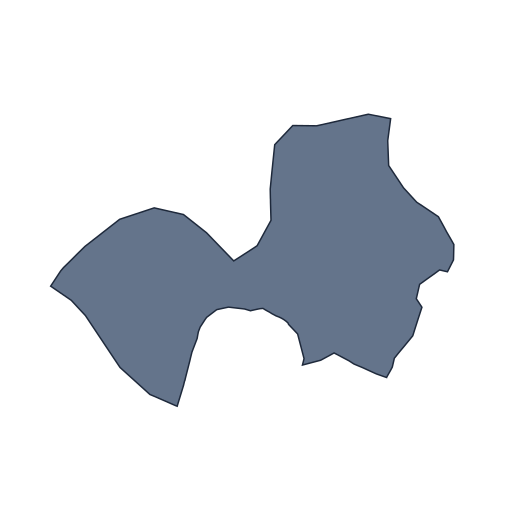 the district of Khawlan, Sana'a, Yemen, rotated 193°
{"feature_id": "15242507B89574765646204", "entity_name": "Khawlan", "entity_type": "district", "adm_level": 2, "iso_a3": "YEM", "parent_name": "Yemen", "parent_adm1": "Sana'a", "projection": "natural_earth1", "projection_center": [44.722, 15.275], "detail": "fine", "context": "isolated", "style": "filled", "palette": "slate", "viewbox_px": 512, "rotation_deg": 193, "n_neighbors": 0, "source": "geoboundaries", "source_scale": "gbopen_adm2", "svg_char_len": 1863}
<svg xmlns="http://www.w3.org/2000/svg" viewBox="0 0 512 512"><g transform="rotate(193 256 256)"><path d="M147.2,374.4L153.6,398.0L155.7,420.1L178.5,419.4L202.3,408.0L206.4,406.0L226.2,396.5L249.5,391.4L260.7,372.3L262.8,368.7L261.5,358.2L259.3,340.6L257.2,324.4L254.9,315.3L254.7,314.7L253.9,311.4L249.4,294.1L252.4,283.5L257.2,266.3L259.6,263.7L271.8,251.1L276.6,246.2L302.5,263.0L309.4,267.5L330.5,277.5L336.0,280.1L366.0,280.0L372.6,276.0L397.1,261.1L404.3,252.2L424.8,226.9L430.8,217.5L434.2,212.0L438.7,204.9L440.9,201.5L443.0,197.4L449.3,180.4L426.1,171.3L408.8,159.6L383.8,136.0L368.2,121.3L363.4,116.8L328.2,97.2L325.2,96.7L300.6,92.1L299.0,91.9L299.0,92.3L297.5,113.8L297.5,118.2L297.4,118.3L297.3,118.5L297.3,121.9L296.9,139.1L296.9,142.0L296.8,148.0L294.8,162.4L295.0,166.1L295.1,169.3L294.4,174.2L293.4,176.9L291.3,182.7L290.3,185.1L282.2,194.9L275.4,198.1L271.3,200.0L255.2,201.8L249.0,201.4L248.1,201.9L245.6,203.1L242.9,204.4L240.2,205.6L237.4,206.5L235.3,205.8L235.1,205.7L232.7,205.0L230.1,204.3L227.6,203.4L224.9,202.7L222.8,202.1L222.5,202.1L219.7,201.7L217.1,201.1L214.3,200.2L211.8,199.1L209.7,197.9L208.9,196.7L197.9,189.4L190.9,176.0L186.1,166.8L186.2,160.2L169.5,169.0L158.1,179.1L141.8,174.8L136.3,172.8L130.5,171.8L129.9,171.7L128.6,171.5L125.9,171.0L124.5,170.7L116.7,169.1L112.2,168.2L104.3,167.3L101.4,167.0L101.4,167.3L100.8,169.4L99.2,174.7L98.2,178.4L98.2,187.6L97.8,188.3L95.6,192.9L94.1,195.9L91.6,200.8L85.3,213.5L84.6,222.5L84.0,229.7L83.9,231.0L82.8,243.4L88.9,249.2L90.2,250.4L90.2,252.0L90.2,255.9L90.2,259.7L90.2,265.2L85.2,270.9L83.1,273.3L77.7,279.4L74.0,283.7L65.9,283.7L62.7,296.6L63.4,300.2L65.8,311.7L69.9,316.2L75.7,322.4L79.6,326.9L87.1,335.3L97.0,339.1L105.1,342.2L111.4,344.5L114.2,346.4L127.6,355.6L145.6,372.6L147.1,374.0L147.2,374.3L147.2,374.4Z" fill="#64748b" stroke="#1e293b" stroke-width="1.5"/></g></svg>